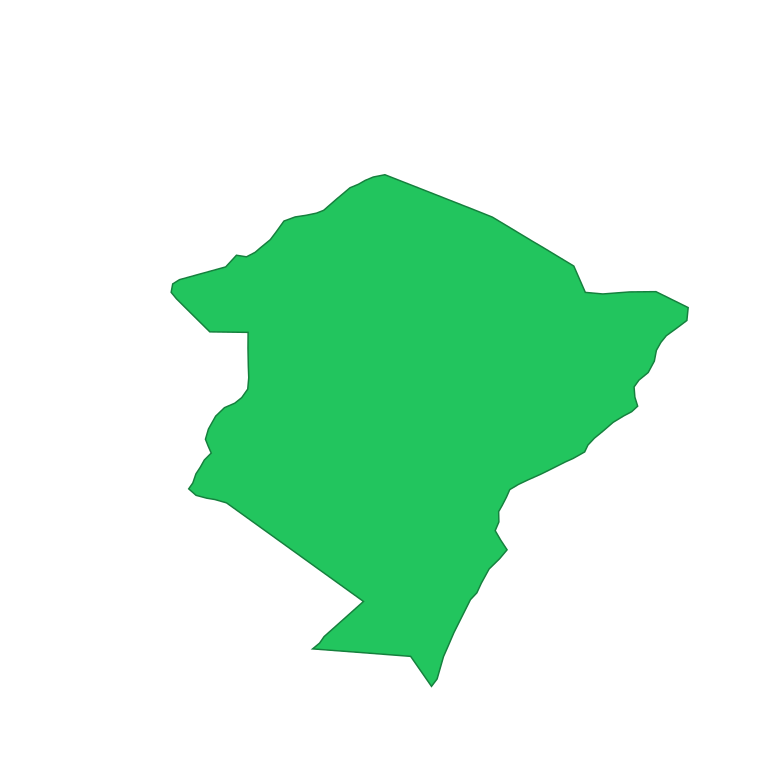 outline of Chorozinho, Ceará, Brazil, rotated 129°
{"feature_id": "56859067B36373941444701", "entity_name": "Chorozinho", "entity_type": "district", "adm_level": 2, "iso_a3": "BRA", "parent_name": "Brazil", "parent_adm1": "Ceará", "projection": "mercator", "projection_center": [-38.468, -4.314], "detail": "fine", "context": "isolated", "style": "filled", "palette": "green", "viewbox_px": 768, "rotation_deg": 129, "n_neighbors": 0, "source": "geoboundaries", "source_scale": "gbopen_adm2", "svg_char_len": 1503}
<svg xmlns="http://www.w3.org/2000/svg" viewBox="0 0 768 768"><g transform="rotate(129 384 384)"><path d="M220.8,515.0L229.9,522.6L237.5,526.7L244.9,529.6L252.8,533.9L261.7,535.6L269.3,537.1L278.4,538.7L287.0,540.2L293.7,544.0L301.9,550.7L310.1,558.2L320.3,564.3L334.2,563.5L343.5,563.2L356.0,565.8L362.7,567.0L371.7,570.9L376.8,579.7L392.6,580.7L414.4,596.3L431.6,608.6L439.2,611.2L446.7,607.1L448.4,598.9L449.6,587.2L450.5,578.3L453.1,552.2L429.4,522.1L441.7,512.3L455.6,500.6L464.2,493.1L473.7,486.7L484.1,486.0L492.8,487.9L502.8,493.1L514.9,494.6L529.5,492.1L539.3,488.0L542.9,481.6L546.4,474.8L556.1,475.8L564.3,474.4L572.2,473.6L581.2,470.3L588.4,469.8L588.8,460.0L584.3,449.9L580.2,442.7L575.5,431.6L573.0,387.8L565.9,263.1L618.0,271.6L625.9,271.0L634.8,272.8L578.9,191.9L589.1,156.8L579.8,157.1L558.4,166.2L546.3,169.5L533.2,173.2L497.2,181.1L487.9,180.4L477.6,183.0L461.6,185.9L447.0,184.2L435.4,184.0L431.9,195.0L428.0,205.3L418.9,207.9L411.0,214.6L404.2,215.7L395.0,217.6L386.9,219.8L377.6,216.4L368.2,211.9L354.8,205.1L345.9,201.0L337.5,197.2L330.4,194.0L322.9,190.2L310.5,185.3L303.1,187.1L293.7,186.4L282.0,184.0L269.6,181.8L258.1,177.7L249.7,174.1L241.6,172.9L236.3,180.8L228.9,187.8L220.5,188.3L208.8,185.9L196.1,188.3L186.4,193.5L177.4,195.0L168.8,195.0L156.1,191.6L144.0,188.6L133.2,195.7L141.1,230.8L157.9,251.1L176.3,270.6L186.1,285.2L172.9,310.7L177.7,345.5L179.6,358.2L186.1,404.8L190.6,419.4L207.1,471.7L220.8,515.0Z" fill="#22c55e" stroke="#15803d" stroke-width="1.5"/></g></svg>